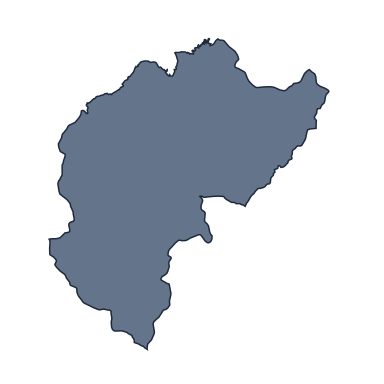 Raman, Yala, Thailand (Robinson projection), rotated 352°
{"feature_id": "78962969B66156572835957", "entity_name": "Raman", "entity_type": "district", "adm_level": 2, "iso_a3": "THA", "parent_name": "Thailand", "parent_adm1": "Yala", "projection": "robinson", "projection_center": [101.443, 6.471], "detail": "fine", "context": "isolated", "style": "filled", "palette": "slate", "viewbox_px": 384, "rotation_deg": 352, "n_neighbors": 0, "source": "geoboundaries", "source_scale": "gbopen_adm2", "svg_char_len": 5842}
<svg xmlns="http://www.w3.org/2000/svg" viewBox="0 0 384 384"><g transform="rotate(352 192 192)"><path d="M325.3,87.1L323.3,87.9L321.4,89.2L319.9,90.4L315.2,97.4L313.8,98.2L311.7,98.7L307.8,98.7L305.8,100.6L302.6,101.7L300.0,103.8L298.5,104.4L297.0,104.5L293.4,103.2L287.8,99.7L284.0,98.6L277.1,97.9L271.1,97.7L269.6,97.1L266.7,94.3L263.9,90.3L263.1,88.5L262.5,86.7L261.4,81.7L260.6,80.4L255.3,76.3L252.8,74.9L252.3,74.5L252.0,73.7L252.0,72.8L252.6,71.4L253.7,69.6L256.7,67.2L256.4,64.4L256.0,62.7L254.2,58.7L248.9,53.2L244.8,46.8L243.4,46.0L240.4,45.4L239.0,44.0L236.8,45.3L234.3,48.3L232.2,49.3L230.3,49.6L230.4,48.8L231.2,47.8L229.3,47.3L229.0,46.2L229.3,44.7L230.6,42.9L230.5,42.6L229.9,42.4L229.2,42.9L229.0,44.0L228.0,45.8L227.0,43.5L226.1,42.8L225.5,43.0L225.9,44.1L226.9,45.0L226.6,46.6L225.9,45.9L225.3,44.5L224.8,44.3L224.4,45.1L224.7,46.2L224.6,47.1L223.7,46.1L223.1,45.8L222.8,46.4L222.9,47.2L221.6,47.2L221.2,47.6L221.1,48.7L220.2,49.0L219.8,48.6L219.0,47.2L218.8,47.2L218.1,48.2L218.1,48.8L218.7,49.7L218.7,50.2L217.4,49.7L215.3,49.6L214.6,50.1L214.7,50.7L215.4,51.6L214.5,52.6L213.7,52.7L212.7,51.7L211.8,52.0L211.8,52.5L213.0,53.5L212.5,53.8L212.8,54.8L212.6,55.6L210.5,54.7L208.7,55.0L208.5,54.6L208.4,53.9L207.1,53.2L206.7,53.7L206.0,53.5L204.9,52.4L200.9,51.7L198.6,52.1L195.4,51.5L194.5,51.6L194.5,52.1L195.2,54.0L195.9,57.8L196.1,60.1L196.0,61.3L195.4,62.1L194.7,64.4L193.3,66.1L193.7,67.3L193.6,68.1L193.0,68.5L191.9,68.1L191.5,68.2L191.6,70.6L190.3,72.3L189.4,73.9L188.8,74.4L186.3,74.1L186.4,72.8L186.2,72.5L185.5,73.6L184.8,73.6L182.4,69.9L182.6,69.6L184.0,68.9L184.5,67.9L184.5,67.4L183.1,68.2L182.2,68.3L181.7,67.8L181.4,66.8L180.2,66.7L178.4,64.0L176.8,64.1L176.2,63.3L174.6,59.2L173.9,58.5L172.4,57.9L168.9,57.9L167.0,56.4L165.3,56.0L163.6,55.7L160.2,55.9L159.1,56.3L156.6,58.7L155.9,58.9L156.1,59.9L154.5,60.4L154.0,59.9L153.5,60.7L152.6,61.4L152.4,62.3L150.7,65.1L146.8,68.8L146.0,69.2L145.4,68.9L144.9,69.1L144.7,69.9L144.2,70.3L144.3,71.1L143.9,71.8L143.0,71.8L140.7,72.7L139.3,74.3L138.3,74.9L137.9,75.9L138.9,76.9L138.5,77.8L135.9,78.5L134.3,80.5L133.6,80.4L131.7,81.5L126.9,83.4L125.9,84.4L125.6,84.3L125.4,83.8L124.7,83.5L122.8,83.9L121.7,82.5L119.0,82.7L117.7,83.5L115.5,83.6L112.8,84.3L111.8,84.0L110.1,84.6L109.9,85.1L108.6,86.0L107.6,86.0L103.0,89.3L101.8,89.3L101.3,89.7L101.1,89.3L100.5,89.3L100.4,90.0L99.7,90.6L99.5,91.9L100.6,93.1L100.7,94.0L100.6,94.7L100.0,95.4L99.6,96.7L99.9,98.0L99.9,99.1L99.5,99.6L99.0,99.8L98.4,99.0L97.8,98.9L97.1,97.3L96.1,96.4L95.4,96.1L94.4,96.0L93.7,96.4L93.0,99.2L91.8,101.1L90.3,102.9L85.9,106.8L79.8,108.7L78.5,109.6L76.7,112.2L71.6,116.9L70.1,120.7L66.5,125.5L66.3,126.7L66.3,129.1L67.1,133.1L67.4,133.8L68.7,134.6L69.8,135.7L71.1,136.4L71.5,136.9L71.7,137.6L70.9,139.7L69.1,143.3L68.4,145.7L67.6,146.5L67.1,147.5L65.8,157.1L63.4,160.2L62.9,161.4L61.7,162.1L60.6,164.4L60.3,165.3L60.4,172.6L60.9,175.6L67.2,182.2L68.9,185.0L69.8,187.0L69.8,189.1L71.6,195.6L71.3,197.0L71.6,201.7L71.5,203.3L70.3,204.5L67.1,205.1L65.6,206.5L65.4,208.2L65.7,211.8L65.4,213.7L64.1,214.8L60.6,214.8L55.1,218.9L53.0,219.3L50.6,219.3L45.6,218.7L43.9,218.9L44.5,220.4L44.3,222.8L43.2,227.7L42.5,233.7L42.8,234.5L46.0,237.3L48.0,240.2L48.0,241.9L46.4,244.2L46.1,245.0L46.5,245.8L47.4,247.7L50.5,252.0L54.7,256.1L55.8,259.9L58.2,264.2L58.4,266.9L59.0,267.7L63.6,270.4L64.4,271.5L64.4,272.8L64.2,274.2L64.2,275.8L65.2,279.5L67.8,283.9L68.7,285.8L69.8,287.0L78.8,293.1L83.7,295.8L88.4,295.7L92.3,297.2L94.0,297.5L95.3,298.9L94.9,301.2L95.1,304.8L94.9,306.7L94.3,308.3L93.8,310.2L93.6,314.5L94.0,316.7L95.1,318.3L96.6,319.0L103.1,319.7L108.0,321.9L109.1,323.3L112.4,325.6L112.8,327.5L113.8,329.2L114.2,331.0L113.9,333.0L117.7,334.9L120.7,337.3L122.4,338.1L123.5,339.7L125.8,341.6L125.7,340.5L127.0,336.3L131.3,332.8L134.5,327.6L135.1,326.2L135.3,324.5L135.1,317.9L135.4,316.4L136.3,315.1L139.4,312.8L141.7,311.4L146.8,305.5L147.8,304.9L149.9,304.6L151.7,303.6L154.0,301.2L154.3,300.5L154.5,296.9L156.8,290.5L157.0,289.3L156.6,280.4L156.3,279.8L154.6,279.1L149.3,274.9L149.1,274.1L149.3,273.3L150.8,271.5L153.3,270.6L155.9,268.9L157.0,267.1L159.1,262.7L159.1,258.8L160.0,257.2L161.7,255.5L162.2,254.5L162.0,253.6L159.9,251.9L159.5,251.3L159.7,249.6L160.3,247.9L161.4,246.0L168.1,240.4L171.8,238.0L173.5,238.1L175.0,238.7L177.3,239.1L179.4,239.1L181.5,238.5L183.4,237.5L192.7,235.2L194.1,235.4L195.2,236.6L198.2,242.4L200.0,244.2L201.6,244.6L203.0,244.1L203.9,243.4L205.1,241.4L205.8,238.3L204.6,236.4L204.0,234.4L203.6,227.9L202.3,225.3L200.7,223.5L200.5,222.6L200.5,221.6L202.1,214.9L201.6,213.3L199.2,211.1L198.8,210.4L198.8,208.4L199.1,206.6L201.0,203.0L201.4,201.6L200.8,199.7L199.1,197.5L200.2,197.2L200.8,197.4L203.0,198.9L212.9,199.3L217.6,199.8L222.2,200.7L223.1,201.3L223.7,202.7L225.0,204.1L229.3,207.5L229.9,207.8L232.8,208.3L234.1,209.7L237.9,210.2L239.0,211.3L241.3,212.2L242.6,213.6L244.5,210.7L246.6,208.6L249.2,205.1L250.9,203.5L252.9,202.3L255.0,200.0L258.1,197.7L260.5,197.9L263.3,197.5L264.8,196.9L267.4,194.7L270.1,194.6L270.9,193.4L271.8,189.8L272.6,188.5L274.9,186.7L275.4,184.9L276.9,183.8L276.8,181.3L280.0,180.6L281.1,178.1L281.6,178.0L282.9,178.6L283.3,179.8L283.7,180.1L286.2,179.9L288.7,178.3L289.8,177.2L290.6,176.8L291.4,175.6L291.4,174.9L292.8,173.8L295.2,173.3L295.8,172.3L295.3,170.8L295.5,170.1L296.6,168.2L297.1,165.4L298.0,164.4L300.4,163.2L302.1,161.4L303.7,161.1L305.4,161.5L307.1,161.2L311.1,156.2L312.0,154.6L313.8,149.4L315.2,146.5L317.8,146.0L323.7,146.3L324.6,140.6L325.1,138.8L324.5,137.3L323.8,136.4L323.6,135.3L323.9,134.4L326.4,131.3L326.9,128.9L327.9,127.1L330.6,127.1L332.5,124.1L335.0,122.4L335.9,121.0L337.5,115.9L338.5,114.2L341.1,112.1L341.5,111.3L341.4,110.7L340.0,109.2L338.1,107.8L333.7,105.2L331.2,103.0L330.5,101.3L330.4,100.1L330.6,94.8L329.9,92.1L326.9,89.3L325.3,87.1Z" fill="#64748b" stroke="#1e293b" stroke-width="1.5"/></g></svg>